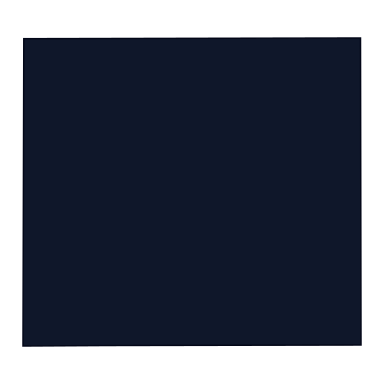 outline of Cherokee, Iowa, United States of America
{"feature_id": "52423323B93733047686760", "entity_name": "Cherokee", "entity_type": "district", "adm_level": 2, "iso_a3": "USA", "parent_name": "United States of America", "parent_adm1": "Iowa", "projection": "robinson", "projection_center": [-95.604, 42.735], "detail": "fine", "context": "isolated", "style": "filled", "palette": "ink", "viewbox_px": 384, "rotation_deg": 0, "n_neighbors": 0, "source": "geoboundaries", "source_scale": "gbopen_adm2", "svg_char_len": 199}
<svg xmlns="http://www.w3.org/2000/svg" viewBox="0 0 384 384"><path d="M360.5,38.0L23.8,38.7L23.0,346.0L107.8,345.5L361.0,345.0L360.5,38.0Z" fill="#0f172a" stroke="#020617" stroke-width="1.5"/></svg>